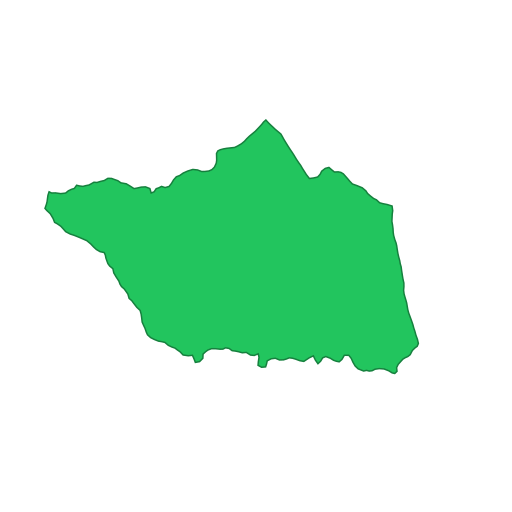 Santa Juliana, Minas Gerais, Brazil (Mercator projection), rotated 322°
{"feature_id": "56859067B39464064120136", "entity_name": "Santa Juliana", "entity_type": "district", "adm_level": 2, "iso_a3": "BRA", "parent_name": "Brazil", "parent_adm1": "Minas Gerais", "projection": "mercator", "projection_center": [-47.514, -19.38], "detail": "fine", "context": "isolated", "style": "filled", "palette": "green", "viewbox_px": 512, "rotation_deg": 322, "n_neighbors": 0, "source": "geoboundaries", "source_scale": "gbopen_adm2", "svg_char_len": 3677}
<svg xmlns="http://www.w3.org/2000/svg" viewBox="0 0 512 512"><g transform="rotate(322 256 256)"><path d="M151.1,303.9L153.9,300.7L157.5,300.4L160.2,300.5L163.8,301.6L167.1,304.2L170.3,307.3L172.6,309.0L175.5,309.6L177.9,312.3L178.9,315.9L181.2,318.2L183.4,320.8L185.6,323.8L189.0,326.0L190.7,330.7L193.4,333.3L197.5,334.4L196.0,337.7L192.7,340.8L190.3,343.4L191.9,347.1L195.3,349.3L197.8,347.6L200.3,345.5L204.6,346.3L208.3,348.5L210.5,352.4L213.8,354.8L216.6,355.9L219.5,356.7L221.8,359.0L223.8,361.8L226.1,365.5L228.8,368.5L235.3,369.0L239.7,370.0L238.7,374.7L238.5,379.0L242.1,378.7L245.8,377.3L249.1,378.2L251.6,382.3L252.9,385.9L254.5,388.4L256.4,390.6L260.0,390.4L264.5,388.6L268.0,391.4L268.0,395.4L267.0,399.4L266.4,403.7L267.0,407.8L270.0,412.9L272.7,414.2L274.4,416.4L276.9,417.9L280.1,418.5L283.8,420.6L287.4,423.9L290.0,428.3L291.3,431.9L293.0,434.0L296.1,433.7L298.1,430.5L301.4,428.9L304.8,428.3L308.3,427.7L311.0,428.0L313.7,428.7L316.7,428.7L321.1,426.7L324.8,426.3L327.4,426.4L330.1,424.9L331.9,421.1L333.3,416.8L334.9,413.0L335.9,410.1L337.4,406.6L338.6,403.1L339.9,399.1L341.2,395.0L342.5,391.9L343.9,389.3L345.8,385.8L347.0,382.9L348.0,380.3L349.3,377.1L351.2,373.9L353.7,371.2L355.9,368.3L357.8,364.3L359.5,361.2L361.8,357.1L363.7,353.9L364.9,350.9L366.4,348.1L367.9,344.5L369.4,341.3L371.6,337.3L373.2,334.5L374.4,331.9L375.4,328.7L377.1,324.6L378.7,321.8L380.8,318.8L382.7,315.6L384.4,312.4L386.8,309.6L389.2,306.8L391.6,304.5L394.0,300.4L391.0,296.1L388.3,293.0L386.2,290.2L385.5,285.9L384.1,283.1L383.1,279.1L382.4,275.4L382.7,272.3L381.7,267.6L378.9,262.7L376.3,258.6L375.9,254.6L375.8,251.3L375.6,248.2L375.4,245.1L374.4,242.4L372.6,240.3L369.5,238.1L368.7,234.6L368.0,231.1L364.5,229.6L360.0,229.6L356.8,231.1L353.2,231.7L349.3,229.9L345.8,227.8L345.8,222.7L346.2,218.8L346.5,215.6L347.0,212.1L347.1,208.7L347.4,204.6L348.0,199.8L348.3,196.5L348.5,193.3L348.9,188.9L349.4,184.3L349.8,181.0L350.3,178.1L350.7,175.2L349.9,171.5L349.1,167.6L348.7,164.8L348.2,161.7L347.8,158.8L347.5,154.9L344.4,155.1L341.7,155.8L338.9,156.3L335.6,156.8L332.2,157.3L324.7,157.5L320.9,157.9L317.5,158.5L313.7,158.6L309.2,158.0L306.0,157.3L303.1,155.5L299.2,153.1L296.2,151.5L293.1,150.2L290.6,149.7L288.0,150.9L286.3,153.2L283.9,156.4L281.8,158.4L277.9,160.4L274.5,160.8L271.2,160.0L267.9,158.0L265.2,156.0L262.9,152.2L259.5,148.9L254.5,147.0L249.7,145.8L245.4,145.6L242.0,144.5L237.8,145.3L234.3,146.7L230.3,147.7L226.5,146.1L224.4,143.0L221.3,142.4L218.8,141.5L215.2,142.7L212.2,141.8L213.9,137.5L211.5,133.5L207.9,131.0L204.4,129.4L201.4,127.8L199.7,123.0L198.2,119.2L194.6,115.2L193.5,111.6L191.7,108.8L189.9,105.9L187.1,103.6L182.9,103.1L179.2,101.4L176.0,100.2L173.7,98.1L171.0,97.7L168.0,97.2L165.3,95.8L162.5,94.6L160.2,92.3L158.2,89.8L154.5,90.9L151.5,89.8L148.2,89.1L144.7,89.2L140.5,86.6L136.8,82.8L133.7,80.5L132.5,78.0L129.5,80.0L126.9,82.5L124.9,84.5L122.7,86.2L119.0,88.6L119.2,91.6L119.9,96.0L119.2,101.6L118.0,105.5L119.2,108.2L120.5,112.3L120.8,115.8L121.0,119.6L123.1,124.3L125.4,127.7L128.2,132.5L130.2,136.2L132.1,139.7L133.2,144.7L133.6,148.9L134.2,152.6L135.8,156.6L138.5,159.8L137.8,162.6L136.5,165.1L135.4,168.3L134.6,170.9L134.5,173.8L135.4,177.9L133.5,181.8L132.9,186.4L132.5,191.4L131.5,194.4L131.2,197.3L131.9,200.9L131.6,207.1L129.9,211.3L130.6,214.7L130.5,218.3L130.5,223.2L131.2,227.5L129.7,231.1L127.7,234.6L125.6,238.0L124.6,242.0L124.0,244.7L122.7,248.4L122.0,251.3L122.7,255.4L124.5,259.2L126.7,263.0L129.0,265.5L131.0,268.0L131.9,272.4L133.7,276.0L135.4,278.6L136.2,281.6L137.2,284.8L137.6,289.1L141.2,292.9L144.8,295.1L143.8,299.0L142.7,302.5L146.5,304.5L151.1,303.9Z" fill="#22c55e" stroke="#15803d" stroke-width="1.5"/></g></svg>